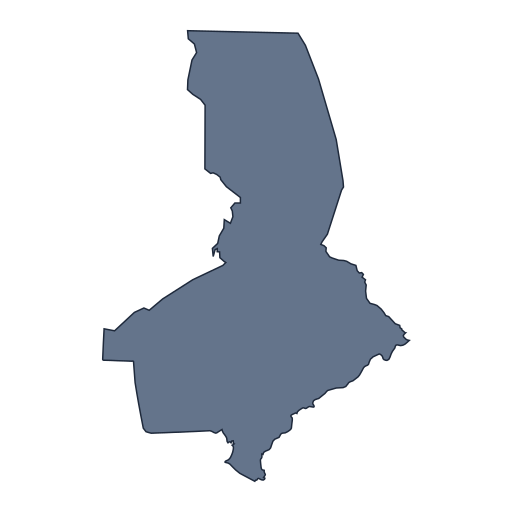 South Kazakhstan, Albers equal-area conic projection
{"feature_id": "KAZ-3251", "entity_name": "South Kazakhstan", "entity_type": "Region", "adm_level": 1, "iso_a3": "KAZ", "parent_name": "Kazakhstan", "parent_adm1": "", "projection": "albers", "projection_center": [68.818, 43.271], "detail": "fine", "context": "isolated", "style": "filled", "palette": "slate", "viewbox_px": 512, "rotation_deg": 0, "n_neighbors": 0, "source": "natural_earth", "source_scale": "10m", "svg_char_len": 5604}
<svg xmlns="http://www.w3.org/2000/svg" viewBox="0 0 512 512"><path d="M405.5,332.9L404.0,334.4L403.3,335.7L403.7,337.0L406.2,339.4L407.5,340.0L409.3,340.4L407.3,342.2L405.2,344.0L404.1,344.6L402.9,345.2L401.8,345.4L400.6,345.6L399.1,345.3L397.7,344.9L397.0,345.0L396.2,345.0L395.8,345.6L395.3,346.2L395.1,347.0L394.9,347.8L394.6,348.4L394.2,348.9L393.4,350.0L392.6,351.1L391.9,352.4L391.2,353.8L390.6,355.4L390.1,356.9L389.5,358.1L388.8,359.4L387.9,359.9L386.9,360.4L386.2,360.3L385.4,360.2L384.8,359.9L384.1,359.7L383.6,359.2L383.1,358.7L382.9,358.0L382.7,357.2L382.4,356.6L382.2,356.1L381.7,355.5L381.2,355.0L380.6,354.6L380.0,354.2L379.6,354.1L379.1,354.0L376.1,355.4L373.1,356.8L371.8,358.0L370.5,359.1L369.7,360.9L369.0,362.6L368.8,363.3L368.6,364.1L368.2,364.5L367.8,365.0L367.3,365.3L366.8,365.5L366.2,365.7L365.7,366.0L365.1,366.3L364.6,366.6L364.2,367.1L363.7,367.5L361.7,371.2L359.6,374.9L358.8,375.9L358.1,376.8L355.5,378.8L352.9,380.8L351.2,381.4L349.5,382.1L349.0,382.5L348.5,382.9L348.1,383.5L347.7,384.2L346.7,385.3L345.8,386.5L344.5,387.0L343.2,387.6L339.7,387.8L336.3,388.0L332.1,389.2L327.9,390.4L327.3,390.8L326.8,391.3L325.9,392.3L325.0,393.4L321.9,395.9L318.7,398.5L316.9,399.0L315.2,399.6L314.3,400.2L313.5,400.8L313.1,401.9L312.7,403.0L312.8,403.5L312.9,403.9L313.5,404.9L314.0,405.8L314.0,406.3L314.1,406.7L313.7,406.9L313.4,407.1L311.5,406.8L309.6,406.5L309.1,406.6L308.7,406.7L307.5,407.5L306.3,408.3L305.8,408.4L305.3,408.5L304.4,408.1L303.5,407.8L303.0,407.9L302.5,408.0L300.8,409.1L299.1,410.2L298.3,411.0L297.5,411.7L297.2,412.6L296.9,413.5L296.3,413.2L295.7,413.0L295.1,413.2L294.6,413.4L293.1,414.1L291.7,414.8L291.4,415.0L291.1,415.3L291.0,415.6L290.9,415.8L290.9,416.2L291.0,416.5L291.3,416.9L291.6,417.3L291.8,417.4L291.9,417.5L292.0,417.7L292.1,417.8L292.2,418.3L292.3,418.8L292.3,419.5L292.3,420.2L291.8,424.1L291.4,428.1L291.1,428.6L290.9,429.1L290.3,429.6L289.8,430.2L288.7,430.9L287.6,431.7L286.5,432.2L285.4,432.8L284.0,433.0L282.7,433.1L282.0,433.3L281.4,433.6L280.9,434.1L280.5,434.6L279.8,436.0L279.0,437.4L276.8,438.3L274.6,439.3L273.8,440.3L272.9,441.2L271.7,444.6L270.6,447.9L269.9,448.7L269.3,449.5L267.4,450.4L266.8,450.6L265.4,451.2L264.5,451.8L263.7,452.4L263.3,453.4L263.0,454.4L262.8,454.3L262.7,454.2L262.4,454.1L262.1,454.0L261.9,453.9L261.8,454.3L261.8,454.7L261.9,455.6L261.9,456.6L261.9,457.0L261.8,457.4L261.6,457.9L261.4,458.3L261.2,458.5L260.8,458.9L260.7,459.1L260.5,459.7L260.4,460.4L260.7,463.9L261.1,467.4L261.3,468.2L261.5,468.9L261.7,469.3L262.0,469.6L262.3,469.8L262.6,470.0L263.4,470.1L264.2,470.3L264.2,470.9L264.1,471.4L264.3,471.9L264.4,472.5L264.6,473.0L264.8,473.5L265.1,473.9L265.3,474.4L265.3,474.7L265.2,475.0L264.4,476.3L263.6,477.5L264.3,477.8L264.9,478.2L264.7,478.7L264.5,479.3L263.8,479.7L263.1,480.1L262.3,479.9L261.4,479.8L260.2,479.2L258.9,478.5L258.5,478.5L258.2,478.4L257.9,478.6L257.6,478.8L257.4,479.2L257.2,479.5L257.0,479.8L256.7,480.1L256.3,480.1L255.8,480.1L255.4,480.5L255.0,480.9L254.9,481.1L254.8,481.3L247.3,477.3L242.4,474.7L239.8,473.3L237.7,471.6L235.6,469.9L232.7,467.0L229.9,464.1L228.9,463.5L227.9,463.0L226.7,462.7L225.4,462.4L225.2,462.3L225.0,462.1L225.1,461.8L225.2,461.5L225.5,461.2L225.8,461.0L226.9,460.5L228.0,460.0L228.6,459.6L229.1,459.1L229.6,458.6L230.0,458.1L230.4,457.5L230.7,457.0L231.2,455.9L231.7,454.8L232.2,453.5L232.7,452.1L233.0,450.7L233.3,449.3L233.4,448.1L233.4,446.9L233.1,446.4L232.9,445.9L232.7,445.7L232.3,445.4L232.1,445.2L232.3,445.1L232.6,445.0L233.3,444.5L234.1,443.9L233.9,443.8L233.6,443.6L233.3,443.5L233.4,443.2L233.5,442.8L233.4,442.7L233.3,441.7L233.2,440.8L232.5,440.9L231.9,440.9L231.4,441.9L231.0,442.8L230.6,442.4L230.3,441.9L229.9,441.8L229.5,441.8L229.1,442.0L228.7,442.2L228.3,442.5L228.0,442.8L227.5,442.1L227.1,441.4L226.9,439.8L226.7,438.1L226.3,437.4L226.0,436.7L224.7,434.8L223.3,433.0L223.1,432.5L222.9,432.0L222.7,431.9L222.3,430.7L222.0,429.5L221.2,430.0L220.4,430.5L218.5,431.7L216.7,432.9L216.1,433.0L215.5,433.1L214.8,432.8L214.1,432.6L212.8,431.9L211.5,431.2L210.7,431.0L210.0,430.7L202.0,431.1L193.8,431.5L188.7,431.7L180.6,432.1L173.9,432.3L164.7,432.7L158.5,432.9L151.2,433.2L148.6,432.5L147.6,432.2L146.0,431.7L144.7,430.0L143.3,428.2L140.9,415.8L138.6,403.4L136.8,393.0L135.1,382.6L134.3,372.0L133.5,361.4L133.4,361.3L133.2,361.2L132.8,361.1L132.6,361.1L132.4,361.1L132.1,361.1L131.9,361.2L124.4,360.9L117.6,360.7L110.8,360.4L103.3,360.2L103.0,359.9L102.8,359.7L102.7,359.3L102.7,358.8L103.4,342.5L104.1,328.8L109.8,329.9L114.6,330.8L134.4,312.4L143.9,308.0L149.2,310.3L162.7,298.9L192.8,279.7L222.9,265.4L225.8,262.5L224.1,261.4L219.9,257.7L219.6,251.9L217.2,251.7L217.3,248.6L215.1,249.6L213.2,256.5L212.4,248.4L217.7,243.4L219.3,235.9L223.8,228.2L224.3,219.6L230.4,223.3L232.9,216.7L232.3,211.0L230.8,207.8L234.9,203.0L240.4,203.0L240.4,197.5L226.4,186.7L220.8,179.7L220.2,177.2L216.8,174.5L213.1,172.8L210.6,173.4L204.9,168.9L205.1,105.2L200.6,99.4L192.9,94.4L187.5,89.6L187.9,79.8L192.0,60.0L196.6,52.6L194.4,44.0L188.3,38.8L187.6,30.7L298.0,33.2L305.4,45.3L318.5,79.0L336.2,139.5L343.0,180.7L343.5,187.0L341.6,190.0L327.4,234.2L322.1,241.8L320.8,244.4L324.0,245.7L326.2,247.8L325.9,251.4L329.6,256.8L332.2,258.0L338.7,260.2L343.8,260.5L346.7,261.3L350.9,263.8L355.9,265.4L357.2,270.7L359.3,273.0L361.7,272.6L363.4,274.4L362.1,277.2L365.5,279.8L364.7,282.1L366.2,285.0L365.6,291.1L366.5,298.4L370.0,303.3L374.4,304.5L377.0,305.5L381.2,309.1L384.0,312.7L385.7,315.6L388.7,316.6L395.2,323.7L399.7,325.4L400.1,327.8L401.7,328.8L401.9,329.9L405.3,332.9L405.5,332.9L405.5,332.9Z" fill="#64748b" stroke="#1e293b" stroke-width="1.5"/></svg>